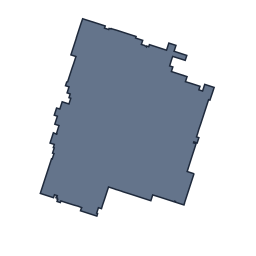 Moora, Western Australia, Australia, rotated 18°
{"feature_id": "25037944B54845573421137", "entity_name": "Moora", "entity_type": "district", "adm_level": 2, "iso_a3": "AUS", "parent_name": "Australia", "parent_adm1": "Western Australia", "projection": "albers", "projection_center": [116.192, -30.512], "detail": "fine", "context": "isolated", "style": "filled", "palette": "slate", "viewbox_px": 256, "rotation_deg": 18, "n_neighbors": 0, "source": "geoboundaries", "source_scale": "gbopen_adm2", "svg_char_len": 3003}
<svg xmlns="http://www.w3.org/2000/svg" viewBox="0 0 256 256"><g transform="rotate(18 128 128)"><path d="M51.0,43.4L51.0,57.3L51.0,58.2L51.1,58.3L51.1,58.5L51.1,61.9L51.1,72.1L51.1,76.1L52.7,76.1L56.4,76.1L56.4,83.7L56.3,87.9L56.3,91.9L56.3,102.7L55.5,103.2L55.5,107.1L59.2,107.1L59.2,109.2L59.2,113.4L62.5,113.5L62.5,117.4L64.4,117.4L64.4,123.4L57.3,123.4L57.3,131.0L53.9,131.1L53.9,138.6L57.2,138.6L57.2,147.0L61.6,147.0L61.7,155.2L61.7,155.3L62.2,155.4L62.2,155.8L62.1,156.0L61.8,156.0L61.7,156.0L61.5,155.9L61.3,155.9L60.5,155.8L58.5,155.6L58.5,162.6L58.5,166.4L63.0,166.4L63.0,169.7L64.0,169.7L64.0,175.2L65.5,175.2L65.5,180.9L64.8,180.9L64.8,188.6L64.8,192.2L64.9,192.3L64.8,192.5L64.8,192.9L64.8,197.4L64.8,200.8L64.8,201.0L64.8,209.5L64.8,211.4L64.8,211.6L64.8,212.9L64.8,216.6L64.8,217.3L74.6,217.3L78.7,217.3L78.7,214.2L81.7,214.2L81.7,215.4L81.7,215.5L81.0,215.5L81.0,216.6L82.6,216.6L82.6,217.6L83.2,217.6L83.2,218.7L83.2,219.8L86.7,219.8L86.7,218.1L93.6,218.1L100.5,218.0L104.7,217.8L108.6,218.0L108.5,218.9L108.5,219.0L108.4,219.0L108.4,221.4L111.1,221.4L114.5,221.4L118.0,221.4L118.5,221.4L122.4,221.4L125.6,221.4L125.6,219.8L125.5,218.7L124.5,218.7L124.5,217.6L124.5,212.9L127.7,212.9L127.6,208.9L127.7,202.9L127.7,197.6L127.7,190.1L134.4,190.1L134.7,190.2L135.0,190.2L137.8,190.1L139.4,190.1L141.5,190.1L142.9,190.2L152.3,190.1L155.1,190.1L156.2,190.1L159.1,190.1L168.3,190.1L169.8,190.1L172.2,190.1L172.2,188.9L172.2,184.0L181.2,183.9L184.2,183.9L185.3,183.9L187.4,183.9L192.8,183.9L194.9,183.9L194.9,183.2L195.8,183.2L195.8,183.9L197.7,183.9L205.0,183.9L205.0,182.6L205.0,182.4L204.9,182.4L204.9,181.3L204.9,180.5L204.9,171.2L204.9,168.0L204.9,162.5L204.9,157.5L204.9,154.4L204.9,151.5L204.8,151.3L204.7,151.2L204.3,151.1L201.8,151.1L199.2,151.1L197.7,151.1L197.7,149.9L197.6,133.9L197.6,127.6L197.6,127.4L197.6,126.7L197.6,124.5L197.6,122.4L197.6,122.1L197.6,121.9L194.9,121.9L194.9,120.8L198.4,120.9L198.4,115.6L198.4,115.3L195.9,115.3L195.9,115.2L195.9,113.6L195.9,110.9L195.8,108.5L195.8,106.2L195.9,101.6L195.9,94.4L195.9,93.6L195.9,90.1L195.9,82.4L195.9,76.2L197.3,76.2L197.4,68.5L197.4,62.8L195.6,62.8L194.9,62.8L194.5,62.8L194.4,62.8L194.1,62.8L193.9,62.8L190.7,62.8L187.5,62.8L187.5,63.0L187.5,66.5L187.5,69.8L183.6,69.8L183.6,66.1L179.3,66.1L174.8,66.1L168.3,66.2L168.3,60.9L165.8,60.9L156.1,60.9L151.8,60.9L151.8,57.5L151.8,56.1L148.4,56.1L148.3,48.0L148.4,46.1L158.3,46.0L161.5,46.0L161.5,40.8L159.1,40.8L157.9,40.8L148.1,40.8L148.1,34.6L147.6,34.6L147.2,34.6L145.7,34.6L140.6,34.6L140.6,42.1L140.4,42.1L137.8,42.1L130.1,42.1L124.4,42.1L122.6,42.1L122.6,44.3L120.4,44.3L120.4,45.1L120.1,44.9L118.1,44.4L114.9,44.4L114.9,40.1L111.3,40.1L107.4,40.1L107.4,38.5L99.4,38.5L98.8,38.5L98.6,38.5L97.8,38.5L90.0,38.5L87.2,38.5L81.5,38.7L81.4,38.6L81.2,38.6L81.1,38.8L81.1,39.0L79.2,39.2L79.2,39.3L79.2,39.5L79.2,39.9L79.2,40.0L79.2,40.3L77.9,40.3L74.8,40.3L74.8,38.0L70.9,38.0L66.2,38.0L55.0,38.1L51.1,38.1L51.0,43.4Z" fill="#64748b" stroke="#1e293b" stroke-width="1.5"/></g></svg>